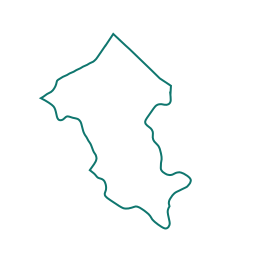 outline of El Llano, La Estrelleta, Dominican Republic, rotated 124°
{"feature_id": "3306468B67891946517614", "entity_name": "El Llano", "entity_type": "district", "adm_level": 2, "iso_a3": "DOM", "parent_name": "Dominican Republic", "parent_adm1": "La Estrelleta", "projection": "robinson", "projection_center": [-71.647, 18.809], "detail": "fine", "context": "isolated", "style": "outline", "palette": "teal", "viewbox_px": 256, "rotation_deg": 124, "n_neighbors": 0, "source": "geoboundaries", "source_scale": "gbopen_adm2", "svg_char_len": 2712}
<svg xmlns="http://www.w3.org/2000/svg" viewBox="0 0 256 256"><g transform="rotate(124 128 128)"><path d="M69.0,116.0L69.1,129.4L66.9,141.3L61.7,171.0L61.0,176.0L58.3,192.8L72.4,192.7L72.4,192.8L86.1,192.9L88.7,193.0L91.1,193.5L92.6,194.0L95.7,195.9L98.5,197.2L102.3,199.6L105.1,200.9L108.9,203.2L111.7,204.5L115.4,206.9L118.2,208.2L122.0,210.6L127.1,212.9L128.4,213.2L129.0,213.1L132.0,212.0L134.2,211.5L136.6,211.3L138.9,211.4L141.2,212.0L145.1,214.1L149.5,215.7L152.0,216.9L151.5,212.2L151.3,207.8L151.4,204.2L151.8,201.7L152.5,200.1L153.4,198.7L155.0,196.8L158.3,193.3L159.2,192.1L159.8,190.7L159.9,190.0L159.7,189.2L159.5,188.6L159.1,188.0L158.1,187.1L156.9,186.5L153.7,185.7L153.1,185.4L152.5,185.0L152.1,184.5L151.5,183.2L150.4,179.5L149.3,176.8L148.8,175.3L148.6,174.5L148.7,172.9L149.2,171.3L149.6,170.5L150.5,169.2L154.9,164.2L156.0,162.9L156.9,161.5L157.7,160.1L158.9,157.1L160.7,153.7L161.6,151.4L162.3,149.9L163.2,148.5L166.2,144.3L167.1,142.8L168.3,139.9L168.7,139.3L169.7,138.1L170.8,137.1L171.5,136.8L172.2,136.5L173.7,136.1L176.9,135.9L184.3,136.1L184.7,130.9L185.0,129.3L185.8,126.6L186.0,125.4L185.8,124.1L185.2,122.2L184.9,120.8L184.9,119.2L185.4,117.6L186.3,116.2L187.3,114.9L188.5,113.7L189.8,112.7L191.2,111.9L191.9,111.6L195.2,110.7L196.3,109.9L196.8,109.3L197.1,108.6L197.3,107.8L197.6,106.1L197.7,102.4L197.6,91.8L197.4,88.9L197.1,87.1L196.8,86.2L196.0,84.7L194.4,82.6L192.0,80.4L189.7,78.6L188.7,77.7L188.0,76.3L187.5,73.9L187.4,71.2L187.4,68.4L187.6,65.6L187.9,62.8L188.6,60.3L190.2,56.8L190.6,55.0L190.9,53.1L191.2,49.1L191.2,45.3L191.1,43.5L190.8,41.8L190.5,41.0L190.0,40.3L189.4,39.8L188.7,39.4L187.3,39.1L185.9,39.3L185.1,39.4L183.7,40.1L182.4,41.2L177.5,46.3L175.5,48.1L174.1,48.9L173.3,49.2L171.8,49.6L169.7,49.8L167.8,51.9L167.2,52.3L165.8,53.0L164.2,53.4L162.5,53.5L159.1,53.5L156.6,53.1L155.0,52.6L153.6,51.9L151.1,50.4L148.4,48.9L145.2,47.0L143.8,46.3L142.9,46.1L140.4,45.8L138.8,45.8L137.3,46.2L136.5,46.5L135.9,47.0L135.4,47.7L134.8,49.3L134.5,51.9L134.6,54.6L134.7,56.4L135.3,59.1L136.0,60.7L137.5,62.4L138.6,63.3L141.8,65.1L142.9,66.1L143.8,67.3L144.5,68.9L144.8,69.8L145.0,71.6L145.0,74.4L144.6,76.1L143.9,77.5L142.9,78.4L138.7,81.0L135.2,82.6L133.1,84.1L130.6,86.5L127.6,89.9L126.6,91.4L125.8,93.0L125.4,94.6L124.5,98.6L124.2,99.3L123.5,100.6L122.0,102.2L118.3,104.5L117.2,105.5L116.4,106.8L116.1,107.4L115.6,109.0L115.2,113.7L114.8,115.2L114.6,115.9L114.1,116.5L113.6,117.0L112.9,117.4L111.4,117.8L109.0,117.9L97.5,117.7L94.9,117.5L93.3,117.1L91.9,116.3L91.3,115.8L90.3,114.7L89.5,113.5L88.3,110.7L87.1,108.9L86.0,108.0L85.4,107.6L83.9,107.3L82.4,107.5L81.1,108.1L78.1,110.3L75.7,112.3L75.7,112.0L69.0,116.0Z" fill="none" stroke="#0f766e" stroke-width="2"/></g></svg>